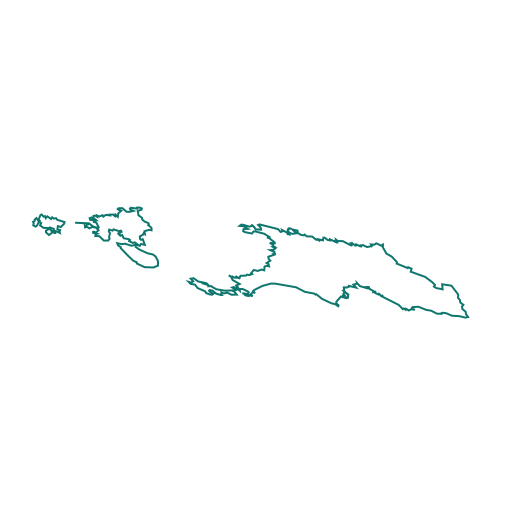 Ørland nor, Sør-Trøndelag, Norway, rotated 22°
{"feature_id": "86288312B48706769721538", "entity_name": "Ørland nor", "entity_type": "district", "adm_level": 2, "iso_a3": "NOR", "parent_name": "Norway", "parent_adm1": "Sør-Trøndelag", "projection": "equal_earth", "projection_center": [9.588, 63.69], "detail": "fine", "context": "isolated", "style": "outline", "palette": "teal", "viewbox_px": 512, "rotation_deg": 22, "n_neighbors": 0, "source": "geoboundaries", "source_scale": "gbopen_adm2", "svg_char_len": 6078}
<svg xmlns="http://www.w3.org/2000/svg" viewBox="0 0 512 512"><g transform="rotate(22 256 256)"><path d="M475.5,233.1L472.4,231.2L471.3,229.2L467.2,227.8L465.9,225.7L466.6,223.6L462.9,222.6L461.4,220.3L459.1,219.2L457.8,215.9L448.3,210.3L439.2,212.5L441.5,217.0L435.1,218.2L432.4,217.7L432.8,215.8L429.3,214.3L420.6,212.0L405.4,212.6L405.0,209.5L401.3,209.4L401.2,210.4L389.3,210.3L389.0,208.9L382.0,205.7L376.0,204.9L370.1,200.2L369.9,198.9L369.2,199.1L369.5,198.5L369.3,197.9L368.1,199.5L362.7,199.2L361.7,201.0L359.2,201.9L360.1,202.1L359.7,203.2L358.3,201.8L359.0,203.9L355.6,206.1L350.3,205.8L351.2,206.0L349.1,206.9L349.7,207.8L349.1,208.0L343.4,207.6L345.9,208.0L344.2,209.2L339.1,207.8L341.2,208.8L339.3,208.9L340.6,210.3L340.1,210.6L330.9,209.7L326.1,211.5L324.5,211.0L325.4,212.0L322.9,211.5L326.7,213.3L318.4,212.8L318.9,213.8L316.3,214.3L312.8,213.3L311.6,213.8L312.2,216.4L307.9,217.1L310.0,218.3L307.6,217.7L305.6,218.4L300.8,216.9L295.6,218.8L293.1,217.9L292.6,218.9L290.0,219.6L285.0,218.9L285.6,217.9L284.9,216.9L279.8,217.8L284.9,219.8L281.6,221.8L278.2,222.0L276.0,220.5L276.2,218.2L278.7,217.6L276.8,217.7L275.8,218.3L275.7,220.4L279.0,223.5L277.2,223.9L276.2,222.7L270.5,222.1L271.4,223.1L269.8,224.5L266.4,222.8L247.5,225.4L246.4,226.4L249.7,227.9L250.8,229.7L245.6,231.4L243.5,229.8L242.9,229.8L241.9,229.2L239.8,228.6L241.5,229.2L238.8,231.3L234.1,231.7L235.8,232.8L230.6,232.4L229.5,234.2L233.4,233.1L238.3,233.9L234.4,235.8L234.8,237.8L236.9,238.0L243.8,236.7L244.5,234.2L246.1,233.5L255.3,232.3L262.4,233.6L259.2,234.6L261.7,234.5L268.3,236.5L268.6,237.3L263.9,238.6L267.7,239.4L268.3,240.3L269.9,240.6L268.4,241.3L271.0,241.8L270.0,243.7L267.0,245.2L272.4,245.5L271.6,245.8L272.6,246.8L271.5,247.6L272.5,247.9L267.7,252.1L268.8,253.9L271.0,255.0L268.5,258.5L270.6,258.8L272.0,260.7L269.5,261.1L267.9,262.6L269.0,266.2L266.2,266.5L263.2,269.2L259.2,269.8L257.9,273.7L259.2,274.1L257.1,276.1L254.6,276.7L254.2,277.8L249.0,280.2L249.0,282.8L244.5,282.4L246.5,283.3L243.2,284.3L241.8,283.8L241.3,284.1L242.5,284.5L241.8,284.8L237.9,284.1L242.2,285.0L241.8,285.6L243.3,287.0L251.3,288.1L248.7,290.7L251.1,291.9L250.7,293.0L246.8,293.2L245.8,294.1L249.7,294.6L249.3,295.7L252.1,293.5L254.0,294.3L253.1,292.8L255.8,291.6L261.8,291.9L262.9,292.5L262.4,294.4L257.2,295.6L260.2,295.1L260.0,296.1L261.7,296.4L264.2,295.8L263.6,294.6L268.0,294.6L265.5,293.5L266.6,290.8L269.1,290.6L266.5,289.8L267.0,288.3L273.2,281.3L280.2,276.0L284.3,274.4L304.8,270.0L314.9,270.9L324.3,269.0L326.3,269.8L325.6,269.2L326.3,268.9L333.3,271.0L343.4,271.6L347.6,271.0L351.0,271.8L351.0,270.8L348.3,269.9L347.6,268.5L349.9,261.8L355.3,261.3L357.5,260.2L351.2,261.2L351.5,259.6L353.9,259.5L351.3,258.7L351.3,256.2L355.7,257.2L356.3,259.2L356.6,259.2L356.0,257.1L349.9,255.4L350.6,254.7L349.2,252.2L352.0,251.2L353.6,249.7L353.3,248.9L360.7,247.8L357.1,246.0L360.1,243.8L359.7,243.2L363.5,245.0L371.9,244.2L372.5,243.7L370.1,243.4L372.1,242.5L373.7,244.0L378.0,244.5L378.2,245.6L379.9,244.5L380.2,245.6L384.1,245.8L384.2,245.0L387.4,246.1L388.8,244.9L387.8,246.3L406.7,247.9L412.1,250.3L412.7,249.3L414.9,249.8L414.8,248.7L418.0,249.3L419.9,247.3L423.6,246.2L421.7,246.6L420.1,246.0L420.2,244.8L425.6,242.2L433.9,242.2L438.9,241.1L445.3,241.7L449.7,240.1L449.4,239.5L450.3,238.7L453.8,237.8L460.0,238.0L467.1,235.6L473.2,234.7L475.5,233.1ZM129.5,258.5L132.4,256.0L132.3,254.7L129.9,254.7L127.6,255.7L128.0,256.6L121.8,258.2L121.4,259.4L122.4,260.1L125.4,260.1L122.2,262.4L119.4,263.5L114.3,261.7L110.7,263.2L110.2,264.3L111.0,264.6L114.1,264.5L112.3,268.1L113.2,271.4L109.1,269.8L111.6,272.3L107.8,271.1L104.6,272.6L105.3,273.1L101.3,274.2L99.7,276.7L98.4,275.7L95.8,278.1L93.4,278.0L94.1,279.2L91.8,278.8L90.3,279.8L91.2,281.7L93.8,282.5L91.5,283.0L89.1,281.9L87.6,283.2L88.6,284.6L93.7,283.5L94.4,284.4L93.2,284.4L93.2,285.2L95.3,284.7L99.4,288.3L99.2,289.0L94.6,289.8L88.8,288.3L75.8,292.9L88.1,288.7L89.6,289.3L87.7,289.4L87.2,291.3L88.0,292.2L85.9,291.9L86.8,293.5L88.3,292.2L91.1,292.8L93.3,290.4L97.1,289.7L100.3,291.0L99.0,294.1L96.5,294.2L95.9,294.8L96.4,295.6L100.3,295.0L99.4,295.9L99.6,297.7L103.2,296.3L109.2,298.7L113.2,297.0L113.8,295.0L112.7,293.5L112.0,289.5L110.3,288.3L110.0,286.5L113.5,286.2L113.9,284.7L119.6,284.3L121.4,283.1L122.3,284.0L120.8,285.4L121.5,286.8L119.1,286.4L121.6,287.7L122.8,288.0L124.1,286.7L126.6,289.1L132.2,288.0L133.2,288.4L133.2,289.3L131.9,289.7L136.8,290.0L138.5,288.8L141.4,289.5L136.9,293.1L129.9,293.7L127.0,295.4L122.5,296.1L124.2,297.9L127.4,298.5L127.6,299.4L138.0,304.0L144.1,306.4L147.8,306.5L148.3,307.6L156.9,308.1L165.3,305.0L168.7,301.7L167.1,297.5L163.1,294.1L159.9,293.2L154.5,294.1L145.4,293.7L140.9,292.6L140.5,291.3L141.2,290.3L144.4,290.1L144.8,288.0L148.8,287.3L144.6,282.8L143.3,284.1L142.0,283.6L141.0,281.3L143.2,278.7L143.3,277.1L144.8,277.4L143.3,274.8L147.2,271.7L149.5,271.3L149.1,270.1L148.3,268.9L144.5,267.7L144.8,266.7L143.9,265.8L139.8,265.8L136.7,264.7L136.1,263.3L131.8,262.3L129.5,258.5ZM58.1,296.9L56.4,295.8L54.4,297.1L52.5,296.5L52.1,298.5L47.7,297.4L46.9,299.7L45.4,298.1L44.4,299.1L41.7,297.8L40.8,299.0L40.8,303.8L43.2,304.7L40.7,304.8L38.2,303.1L37.2,305.2L37.7,306.4L36.5,307.9L37.6,308.8L38.0,311.0L40.6,311.3L41.5,309.9L41.9,305.8L44.5,305.9L44.3,308.5L48.5,309.5L53.3,307.7L53.9,308.5L51.8,311.2L52.5,312.8L56.2,314.1L58.1,311.0L57.7,309.7L54.4,308.0L54.3,306.8L58.3,306.6L58.6,308.5L60.4,310.3L61.2,309.9L59.8,308.0L65.5,308.1L63.9,306.2L65.5,305.3L61.9,305.7L61.1,302.5L64.2,302.3L66.1,297.7L65.7,296.4L66.7,296.2L58.1,296.9ZM249.2,295.8L240.2,299.8L231.6,301.7L225.7,300.9L226.9,300.6L225.5,300.8L223.1,301.9L222.7,300.8L217.9,301.2L219.0,300.1L222.0,300.1L219.5,299.9L212.0,301.3L206.4,300.0L204.0,301.5L207.2,303.0L205.9,304.9L203.3,305.2L205.7,306.3L210.2,305.4L213.8,307.6L222.3,307.8L223.4,309.0L227.2,309.0L229.9,308.3L230.6,307.0L226.3,306.4L225.5,305.7L225.9,304.9L228.8,304.4L233.4,305.9L238.0,305.3L238.5,305.1L237.5,304.7L238.5,303.5L237.8,302.7L240.1,302.8L243.1,300.8L247.8,301.1L252.6,299.0L248.7,296.9L249.2,295.8Z" fill="none" stroke="#0f766e" stroke-width="2"/></g></svg>